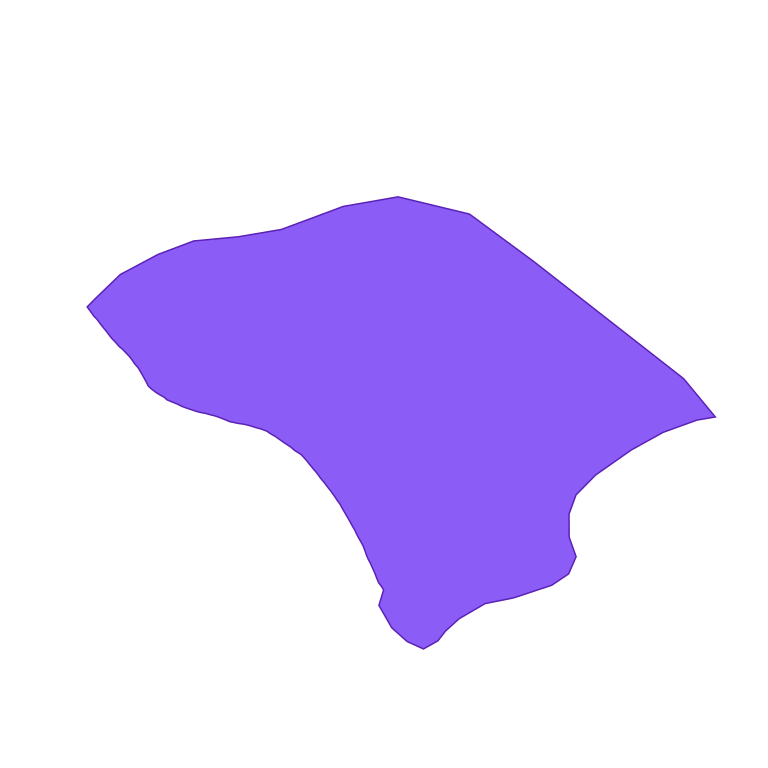 Grande Riviere/White Rock, Gros Islet, Saint Lucia (Robinson projection), rotated 128°
{"feature_id": "8701671B44431410980873", "entity_name": "Grande Riviere/White Rock", "entity_type": "district", "adm_level": 2, "iso_a3": "LCA", "parent_name": "Saint Lucia", "parent_adm1": "Gros Islet", "projection": "robinson", "projection_center": [-60.954, 14.036], "detail": "fine", "context": "isolated", "style": "filled", "palette": "violet", "viewbox_px": 768, "rotation_deg": 128, "n_neighbors": 0, "source": "geoboundaries", "source_scale": "gbopen_adm2", "svg_char_len": 1635}
<svg xmlns="http://www.w3.org/2000/svg" viewBox="0 0 768 768"><g transform="rotate(128 384 384)"><path d="M206.0,102.6L195.3,151.2L195.3,247.9L195.3,292.5L195.3,342.0L197.5,421.3L227.9,488.2L269.1,525.4L325.5,560.1L358.0,589.8L388.4,622.0L420.9,641.8L460.0,659.2L494.7,664.1L506.0,665.4L507.5,660.0L509.2,654.3L509.7,650.2L511.2,644.7L512.4,639.9L513.6,634.5L514.7,630.5L515.8,626.0L516.3,621.9L517.5,615.8L517.6,611.3L518.4,606.2L519.0,601.9L520.4,596.4L521.5,593.4L522.6,587.7L524.5,582.8L526.8,577.2L528.7,572.8L530.7,568.6L531.1,563.9L531.0,558.1L530.5,553.9L529.8,548.9L530.1,545.3L528.3,538.8L527.0,534.3L526.2,530.0L524.8,525.5L522.7,519.6L521.2,515.3L519.6,511.5L517.1,506.7L515.2,502.0L513.4,498.0L511.9,493.8L510.3,488.5L508.6,482.3L506.6,478.3L505.1,475.1L502.2,470.1L500.3,466.2L498.4,461.3L496.9,457.3L495.2,453.4L493.3,447.2L493.0,442.2L492.3,437.8L492.1,433.7L491.8,426.9L491.4,422.4L491.1,418.6L491.4,413.6L490.6,405.9L491.2,402.2L492.0,398.0L493.0,393.9L494.4,387.7L495.1,383.9L496.3,379.3L497.3,376.0L498.5,370.3L499.9,365.0L501.2,359.9L502.7,354.6L504.5,349.3L505.8,344.6L507.4,341.0L509.3,336.3L511.2,331.5L513.1,326.8L515.5,321.3L517.3,316.7L519.1,313.2L520.8,309.5L522.5,305.3L524.6,300.5L527.5,295.7L529.5,292.7L532.0,288.2L533.5,284.6L536.5,279.0L538.7,274.7L541.7,269.9L543.9,265.8L545.2,261.0L546.6,257.5L561.6,251.7L571.3,227.9L572.7,207.2L568.5,189.8L553.2,183.4L540.7,183.4L522.7,180.3L494.9,169.2L472.6,150.1L439.3,127.9L419.9,121.6L401.8,126.3L390.7,143.8L372.6,158.1L353.2,164.4L325.4,161.2L283.7,148.5L250.3,134.3L219.8,115.2L206.0,102.6Z" fill="#8b5cf6" stroke="#5b21b6" stroke-width="1.5"/></g></svg>